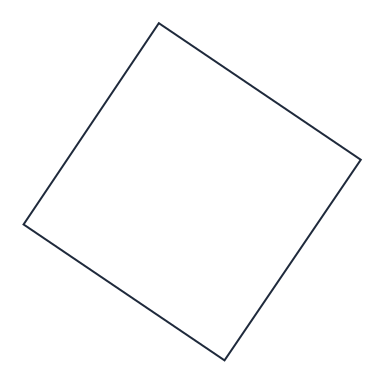 outline of Clay, Iowa, United States of America, rotated 214°
{"feature_id": "52423323B36329758644763", "entity_name": "Clay", "entity_type": "district", "adm_level": 2, "iso_a3": "USA", "parent_name": "United States of America", "parent_adm1": "Iowa", "projection": "albers", "projection_center": [-95.104, 43.082], "detail": "fine", "context": "isolated", "style": "outline", "palette": "slate", "viewbox_px": 384, "rotation_deg": 214, "n_neighbors": 0, "source": "geoboundaries", "source_scale": "gbopen_adm2", "svg_char_len": 221}
<svg xmlns="http://www.w3.org/2000/svg" viewBox="0 0 384 384"><g transform="rotate(214 192 192)"><path d="M313.5,70.9L70.9,70.6L70.1,313.1L313.9,313.4L313.5,70.9Z" fill="none" stroke="#1e293b" stroke-width="2"/></g></svg>